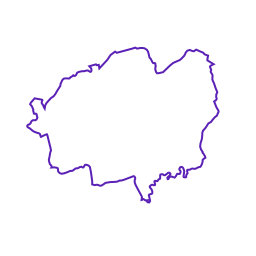 Cu Kuin, Đắk Lắk, Vietnam (orthographic projection), rotated 347°
{"feature_id": "81297802B8003578408571", "entity_name": "Cu Kuin", "entity_type": "district", "adm_level": 2, "iso_a3": "VNM", "parent_name": "Vietnam", "parent_adm1": "Đắk Lắk", "projection": "orthographic", "projection_center": [108.173, 12.577], "detail": "fine", "context": "isolated", "style": "outline", "palette": "violet", "viewbox_px": 256, "rotation_deg": 347, "n_neighbors": 0, "source": "geoboundaries", "source_scale": "gbopen_adm2", "svg_char_len": 4659}
<svg xmlns="http://www.w3.org/2000/svg" viewBox="0 0 256 256"><g transform="rotate(347 128 128)"><path d="M44.5,149.3L47.2,149.7L49.4,150.6L50.5,151.4L50.5,152.4L50.2,154.2L50.5,155.4L51.7,156.9L53.3,157.7L55.2,157.8L58.4,157.5L62.1,156.8L63.2,157.1L64.6,157.1L67.8,155.6L69.6,155.9L70.6,155.8L72.2,155.2L73.9,155.3L75.0,156.3L75.8,156.3L76.7,155.4L77.8,154.3L78.6,154.3L79.8,154.8L81.4,156.0L82.1,157.5L82.0,161.8L81.6,167.0L81.1,172.1L80.4,174.9L82.8,176.2L83.9,176.2L84.9,176.3L85.8,176.6L87.2,177.6L88.2,178.1L89.1,178.1L90.1,177.8L91.4,177.4L93.7,176.4L96.7,176.6L98.7,176.7L100.5,177.1L104.3,177.7L105.7,177.8L106.9,177.6L107.9,177.3L109.6,177.7L110.9,177.6L111.9,177.6L116.4,177.0L122.3,176.2L123.2,176.5L123.4,177.0L123.8,177.8L123.6,179.1L122.9,180.1L122.4,181.9L122.3,183.0L122.7,185.5L123.9,190.1L125.6,196.2L126.0,197.7L125.9,198.9L125.0,201.2L125.5,201.2L126.6,200.6L127.2,200.8L128.4,202.2L128.9,202.6L130.6,202.7L131.1,202.8L130.9,203.4L130.4,203.4L130.1,203.6L130.1,204.2L130.6,204.8L131.9,205.3L132.6,204.7L133.1,204.1L133.2,203.3L133.2,201.7L133.2,198.3L133.3,197.9L133.7,197.6L136.1,197.5L136.7,197.3L137.0,196.9L137.3,195.9L137.4,195.0L137.3,194.2L137.1,192.9L136.0,190.9L136.0,190.0L136.5,189.4L138.2,188.7L139.1,188.8L140.1,189.5L141.3,189.7L141.7,189.2L141.8,188.5L141.7,187.5L141.6,186.4L142.0,185.7L142.7,185.6L143.7,186.0L144.4,186.4L144.8,186.3L146.2,185.0L147.0,184.8L147.8,184.6L148.0,184.1L148.2,183.4L148.7,181.3L149.1,180.7L149.9,180.6L150.9,180.7L151.3,180.9L152.7,182.2L153.7,182.3L154.2,182.0L157.0,180.7L158.1,180.8L158.5,181.1L158.9,181.7L159.0,182.5L157.8,183.7L155.6,184.9L155.2,185.3L155.1,186.5L155.3,186.8L155.9,186.8L157.0,185.4L157.9,185.0L159.6,185.1L161.2,186.2L162.4,186.8L163.8,185.7L165.3,184.0L165.8,183.7L166.7,184.1L168.0,184.4L168.9,183.5L169.4,182.6L169.5,182.1L169.1,181.1L168.7,180.1L168.9,179.3L169.9,178.1L170.8,177.9L171.7,178.1L172.5,178.9L172.9,180.2L173.0,181.6L173.1,182.7L171.9,185.9L171.2,187.7L171.3,188.4L172.2,188.8L173.0,189.0L173.6,188.9L173.7,188.3L174.2,187.1L175.0,186.1L175.8,185.6L175.9,184.6L175.9,183.1L176.3,182.3L177.0,182.1L177.7,182.4L178.9,182.5L180.7,182.0L181.7,182.0L183.7,182.8L184.9,182.8L187.6,182.1L189.8,182.1L190.6,181.3L191.6,180.2L193.0,177.9L193.5,176.1L194.5,175.2L195.6,174.8L196.7,174.4L196.7,173.2L196.0,170.7L195.1,168.8L195.4,168.3L194.3,165.3L194.2,163.7L194.1,162.3L195.2,159.3L197.4,155.5L198.7,151.9L199.2,150.0L199.4,149.2L200.6,147.4L203.3,145.5L205.6,143.4L207.2,141.7L208.7,141.2L210.2,140.8L212.3,139.0L215.1,137.0L217.3,136.0L218.2,134.8L219.9,132.6L220.0,131.8L219.9,131.1L218.8,127.6L217.9,121.5L220.0,120.6L220.8,119.9L221.0,119.3L220.9,117.3L221.7,114.9L222.9,113.6L223.0,112.8L222.7,111.1L222.3,108.6L221.9,104.2L221.9,103.9L221.3,101.3L221.1,99.5L222.1,96.3L222.2,94.9L221.3,92.4L221.3,91.4L222.1,90.3L222.1,89.7L221.6,86.9L222.0,86.2L223.0,85.8L225.8,85.1L220.6,80.0L220.6,79.4L222.3,75.5L219.8,73.9L218.9,73.0L218.3,71.6L215.2,69.4L212.1,67.0L209.6,68.0L208.2,67.6L205.8,65.9L203.2,66.0L201.2,67.5L200.1,69.1L198.7,70.5L195.4,72.6L193.5,73.5L190.1,74.1L186.6,74.8L182.9,76.6L177.1,80.1L175.4,81.1L174.7,81.5L170.2,81.5L168.6,81.2L167.9,79.5L167.8,77.9L167.8,76.7L168.5,74.7L169.0,73.9L168.9,72.7L169.1,71.5L169.0,71.0L168.6,70.7L167.1,70.4L166.5,69.0L165.7,65.6L164.8,64.3L164.8,60.9L164.7,58.1L164.0,56.1L162.8,54.8L161.9,54.0L160.4,53.4L158.0,52.8L154.7,52.7L153.1,51.3L150.1,51.6L134.0,52.2L132.6,50.7L127.5,52.9L123.1,57.0L113.5,63.5L113.7,59.9L111.7,59.8L111.1,58.8L104.2,59.1L105.6,61.8L105.5,63.2L105.2,64.1L104.5,64.8L103.8,64.8L101.9,63.0L100.8,62.7L99.4,62.7L98.2,62.8L96.8,62.5L95.5,62.3L93.4,62.3L91.8,62.4L90.6,63.0L89.5,64.5L88.4,65.2L87.3,65.2L86.5,64.3L85.4,65.0L84.5,65.4L83.9,65.4L83.1,65.8L82.2,66.5L81.4,66.5L80.3,66.1L77.8,65.5L76.4,65.5L75.3,66.2L74.4,66.9L74.2,67.2L73.5,68.3L72.4,69.5L71.4,71.9L69.2,74.0L66.9,76.3L65.3,78.1L63.3,79.9L61.9,80.7L59.8,81.4L56.5,83.7L54.1,85.4L52.4,87.4L51.2,90.3L50.7,88.7L50.4,86.5L49.8,85.2L49.5,84.1L49.7,83.5L50.9,81.6L50.8,81.3L50.2,80.9L43.7,78.1L38.9,81.6L38.0,82.8L39.2,85.2L39.6,87.3L39.9,88.9L39.5,89.6L39.5,90.3L39.6,91.3L39.5,92.2L39.7,93.0L40.2,93.1L41.5,93.3L42.1,94.2L41.9,95.2L42.1,97.2L41.7,98.0L40.7,99.1L39.7,99.6L38.5,99.3L37.1,99.0L36.1,99.4L35.1,100.0L34.1,101.5L32.7,102.3L31.6,102.3L30.7,102.7L30.2,103.5L30.4,104.6L32.2,106.2L34.2,108.9L35.8,110.6L38.3,112.2L40.0,113.1L40.9,114.2L41.0,116.2L41.1,117.0L41.6,117.1L43.0,116.6L46.7,115.9L47.6,115.9L47.8,117.0L48.0,130.1L47.9,132.7L47.0,133.9L46.3,135.3L45.9,136.3L45.1,138.3L43.7,141.2L43.6,143.6L43.8,145.6L44.9,147.6L44.9,148.3L44.7,149.1L44.5,149.3Z" fill="none" stroke="#5b21b6" stroke-width="2"/></g></svg>